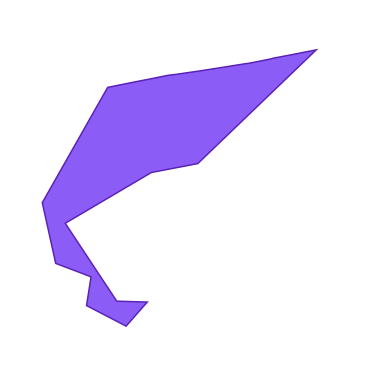 Bristol, Virginia, United States of America (Equal Earth projection), rotated 169°
{"feature_id": "52423323B64207723161036", "entity_name": "Bristol", "entity_type": "district", "adm_level": 2, "iso_a3": "USA", "parent_name": "United States of America", "parent_adm1": "Virginia", "projection": "equal_earth", "projection_center": [-82.171, 36.636], "detail": "fine", "context": "isolated", "style": "filled", "palette": "violet", "viewbox_px": 384, "rotation_deg": 169, "n_neighbors": 0, "source": "geoboundaries", "source_scale": "gbopen_adm2", "svg_char_len": 462}
<svg xmlns="http://www.w3.org/2000/svg" viewBox="0 0 384 384"><g transform="rotate(169 192 192)"><path d="M43.0,307.8L78.9,307.8L80.9,307.8L85.9,307.9L89.6,307.6L112.8,307.5L113.9,307.7L161.7,309.4L178.5,310.2L186.1,310.6L193.1,311.1L243.6,310.9L248.3,310.8L254.8,310.8L341.0,210.1L339.4,147.9L307.3,128.0L317.2,100.6L282.3,72.9L256.9,92.5L286.7,99.2L322.4,185.5L228.2,218.9L180.9,218.8L43.0,307.8Z" fill="#8b5cf6" stroke="#5b21b6" stroke-width="1.5"/></g></svg>